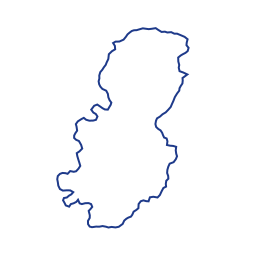 Santa Cruz do Escalvado, Minas Gerais, Brazil, rotated 342°
{"feature_id": "56859067B58472062151824", "entity_name": "Santa Cruz do Escalvado", "entity_type": "district", "adm_level": 2, "iso_a3": "BRA", "parent_name": "Brazil", "parent_adm1": "Minas Gerais", "projection": "albers", "projection_center": [-42.82, -20.229], "detail": "fine", "context": "isolated", "style": "outline", "palette": "blue", "viewbox_px": 256, "rotation_deg": 342, "n_neighbors": 0, "source": "geoboundaries", "source_scale": "gbopen_adm2", "svg_char_len": 2575}
<svg xmlns="http://www.w3.org/2000/svg" viewBox="0 0 256 256"><g transform="rotate(342 128 128)"><path d="M201.0,95.4L197.6,92.2L194.6,89.9L194.9,86.3L196.2,83.9L196.4,80.3L197.5,76.5L200.6,75.3L202.8,74.8L205.9,74.3L208.5,73.3L210.4,70.5L209.2,67.3L210.2,65.0L212.1,62.0L210.0,58.8L206.8,56.0L203.9,53.5L201.2,52.6L198.7,50.2L194.9,49.3L192.9,47.8L189.6,47.0L187.2,44.2L185.2,41.6L181.4,41.0L178.3,40.4L176.0,39.3L172.9,37.8L170.0,37.7L166.4,37.6L163.9,36.9L161.6,36.9L159.2,37.7L156.5,38.8L154.2,40.6L151.1,42.6L146.5,43.1L142.8,42.0L140.1,42.6L140.9,45.8L140.1,49.2L136.5,50.0L132.6,51.9L130.6,56.3L128.0,59.0L126.3,61.1L123.8,62.8L121.5,64.7L118.9,66.3L116.9,69.2L116.1,72.0L114.5,74.5L114.1,77.5L114.5,80.1L115.7,82.9L118.8,85.8L119.4,89.3L118.8,92.8L119.1,96.0L120.0,98.7L118.7,100.6L116.5,102.5L114.5,104.3L111.7,103.2L109.9,101.3L108.2,99.0L106.0,96.2L102.7,96.4L98.7,99.2L99.8,102.6L101.7,104.7L102.5,107.6L100.1,110.3L97.3,110.2L93.5,109.1L90.7,107.2L89.1,104.7L86.5,105.1L82.3,106.2L79.6,108.2L79.5,110.7L78.8,114.8L76.3,116.7L74.5,118.5L73.7,120.8L75.0,123.2L77.3,125.2L78.2,129.6L78.1,133.4L74.7,135.2L71.5,136.1L71.1,139.2L71.0,143.1L71.0,146.1L70.9,149.3L68.3,151.4L65.3,153.1L62.9,152.9L59.7,151.1L56.4,152.9L54.5,151.6L51.8,150.5L49.1,150.6L46.4,152.0L44.9,154.8L44.5,157.9L43.9,161.3L44.4,165.0L46.7,167.4L50.7,168.4L53.8,169.5L56.1,172.1L53.6,173.6L51.0,174.1L48.4,175.2L45.4,174.8L43.9,176.7L44.5,179.5L44.9,182.4L47.7,184.6L50.1,182.7L53.0,182.8L56.1,182.3L58.3,180.8L58.7,184.7L60.6,186.1L64.1,186.3L67.4,187.3L69.4,189.0L69.6,192.0L67.4,193.4L65.0,194.7L64.7,199.2L63.8,201.7L61.2,204.0L60.3,207.1L61.1,209.9L63.1,211.2L67.1,211.9L70.3,213.0L73.5,213.4L76.6,215.1L78.7,216.6L81.8,217.0L85.4,218.7L88.7,219.1L93.3,217.6L95.8,214.9L98.4,213.8L100.7,213.3L103.4,213.2L105.3,211.8L107.5,209.3L110.6,208.5L113.1,207.5L114.6,203.6L117.5,201.6L120.3,201.6L122.7,203.2L124.9,204.1L127.4,200.7L130.8,201.2L134.6,203.2L137.6,201.6L140.4,198.6L143.1,196.0L146.1,195.5L146.7,192.8L148.1,190.0L150.7,188.7L151.4,186.0L151.3,182.9L152.5,180.0L154.4,177.2L156.6,174.8L160.8,174.6L163.9,172.4L165.9,170.0L165.9,167.5L166.5,164.0L168.0,160.8L165.4,159.0L162.5,157.8L159.8,156.2L161.4,152.8L161.5,149.9L159.4,148.2L159.1,145.6L159.0,143.1L158.2,140.3L156.5,138.3L155.1,135.7L155.3,132.7L156.9,129.7L158.6,127.8L162.0,127.0L165.1,125.6L168.7,124.8L171.9,123.1L175.1,121.2L177.2,118.8L179.5,116.3L182.1,113.1L185.4,110.3L188.3,108.3L189.3,106.1L191.2,104.3L193.5,102.5L194.7,99.8L195.3,97.3L197.8,96.5L201.0,95.4Z" fill="none" stroke="#1e3a8a" stroke-width="2"/></g></svg>